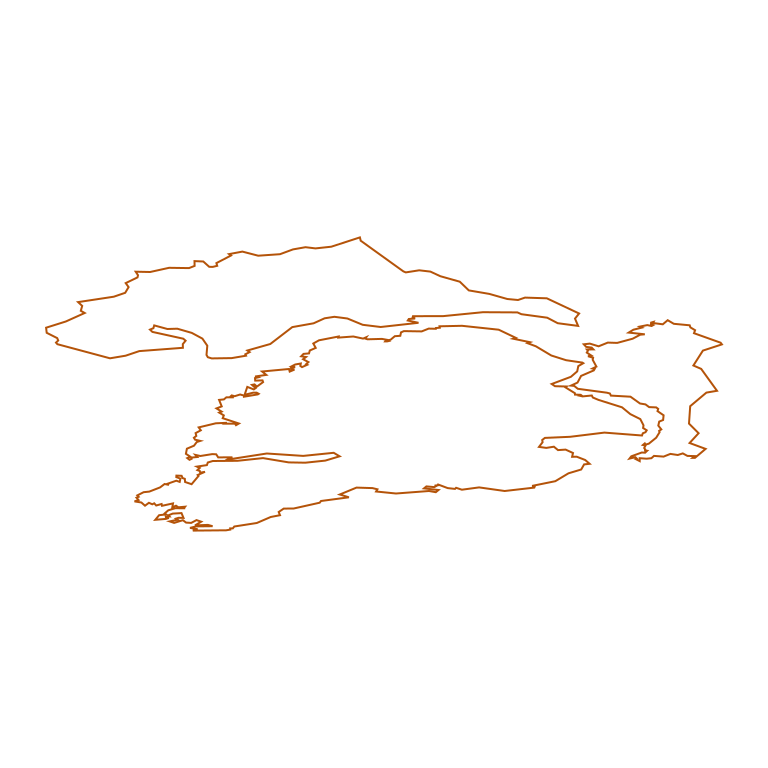 Tjeldsund nor, Nordland, Norway
{"feature_id": "86288312B94702681329617", "entity_name": "Tjeldsund nor", "entity_type": "district", "adm_level": 2, "iso_a3": "NOR", "parent_name": "Norway", "parent_adm1": "Nordland", "projection": "equal_earth", "projection_center": [16.297, 68.509], "detail": "fine", "context": "isolated", "style": "outline", "palette": "amber", "viewbox_px": 768, "rotation_deg": 0, "n_neighbors": 0, "source": "geoboundaries", "source_scale": "gbopen_adm2", "svg_char_len": 6118}
<svg xmlns="http://www.w3.org/2000/svg" viewBox="0 0 768 768"><path d="M498.7,329.7L462.0,325.8L439.5,326.3L439.8,327.7L435.1,328.1L436.7,328.8L428.7,328.6L421.7,331.4L403.9,331.1L401.0,332.4L400.3,335.8L394.8,336.2L390.5,339.8L386.7,340.3L388.4,341.1L387.1,341.4L385.2,341.4L386.4,339.7L381.9,338.9L367.5,339.3L365.3,338.6L366.3,337.2L363.1,338.6L353.3,336.5L338.3,337.6L338.6,336.5L319.0,340.3L313.3,343.5L315.7,347.9L309.8,350.5L309.0,353.4L303.5,353.9L301.2,356.3L306.0,357.0L303.1,359.2L308.4,362.1L306.1,364.2L307.2,364.8L302.0,367.1L300.3,365.9L300.8,363.5L295.2,364.5L291.5,366.4L295.1,367.1L291.0,368.1L291.3,369.7L294.5,369.6L289.7,371.6L289.0,369.0L262.1,371.5L266.3,374.9L255.1,376.5L257.9,377.4L255.0,378.1L255.2,380.6L262.5,380.4L263.1,382.1L256.9,386.6L254.5,384.4L252.0,384.9L255.6,388.1L253.8,389.4L247.3,386.9L244.6,394.8L253.1,392.7L256.7,392.7L258.7,393.8L257.8,394.4L244.0,396.7L244.1,395.6L240.1,394.5L234.7,396.2L231.7,395.4L230.5,396.5L233.8,397.3L226.4,397.3L223.9,399.4L219.1,399.9L221.7,406.4L216.5,408.4L221.6,411.6L219.2,412.6L223.8,415.4L222.7,418.2L238.9,423.5L236.0,425.2L235.0,423.7L225.3,423.7L226.9,422.8L215.8,423.3L198.7,427.4L200.8,430.3L195.6,433.1L196.3,435.9L193.9,437.8L195.1,439.7L200.3,440.9L196.8,442.0L194.0,445.7L186.9,448.7L185.9,453.8L190.3,456.7L187.3,458.1L189.5,459.8L191.6,458.8L191.2,457.6L197.3,457.0L195.4,454.9L200.3,456.0L212.3,454.1L216.2,454.3L218.2,457.4L232.4,457.3L228.2,459.1L229.4,459.3L266.8,453.5L303.2,455.9L333.7,452.8L339.6,456.3L325.3,460.6L305.3,462.7L288.8,462.4L263.0,458.1L237.4,460.8L212.8,461.0L207.8,462.5L206.9,465.1L196.9,466.6L199.7,468.0L197.4,470.1L199.8,471.0L200.2,472.7L205.0,471.8L197.7,475.0L198.5,476.0L191.6,484.2L185.1,482.0L184.8,478.8L182.6,478.1L181.6,475.8L176.4,475.6L176.3,477.1L180.4,478.6L179.7,481.9L176.3,480.7L167.4,483.8L168.9,484.9L164.6,484.0L160.1,487.4L149.3,491.6L143.6,492.2L137.3,495.4L138.6,496.8L136.5,497.7L138.5,500.0L134.5,501.4L141.4,502.5L145.0,505.7L148.9,502.8L152.3,504.3L154.2,503.3L156.2,505.5L161.6,504.0L162.0,505.8L173.0,503.4L172.3,507.3L176.0,505.7L178.4,507.3L185.1,506.7L184.0,508.1L185.2,508.3L175.4,508.2L168.3,510.3L164.7,513.4L166.1,514.4L159.1,515.2L155.3,519.8L166.0,518.9L168.9,517.9L166.1,518.3L165.8,516.6L169.5,516.5L168.4,515.3L172.7,513.6L181.5,513.1L183.5,517.9L178.6,517.8L176.0,518.6L177.6,519.7L169.7,521.4L174.1,522.9L182.9,520.2L186.1,522.6L191.2,522.9L196.5,520.1L201.2,521.7L195.0,525.4L207.9,524.9L212.6,526.2L196.0,526.4L190.0,527.9L197.6,529.2L192.8,530.6L226.1,530.3L230.3,529.6L230.2,528.4L232.8,528.4L234.3,526.5L256.8,523.0L270.7,517.0L280.0,515.2L278.7,512.0L283.7,508.6L293.7,508.5L319.7,502.7L321.0,501.0L348.9,497.3L339.8,494.5L356.5,487.6L372.5,488.1L377.4,489.3L376.1,491.5L396.0,493.5L429.0,491.0L435.8,492.2L438.5,490.0L424.0,488.4L426.4,486.4L434.3,487.1L436.1,486.1L434.6,485.6L438.3,485.2L437.3,484.2L447.7,488.1L455.0,488.9L456.1,487.8L461.9,489.7L479.1,487.4L504.7,491.0L534.3,487.6L534.8,486.3L532.1,485.9L555.3,481.2L568.5,473.3L581.2,469.5L584.1,464.4L589.6,463.8L585.2,460.0L576.7,456.7L572.1,456.8L573.0,453.0L565.6,449.6L558.0,450.1L553.9,446.7L546.3,447.9L539.0,446.9L542.6,442.2L542.2,440.0L544.9,437.9L570.1,436.8L604.4,432.6L642.0,435.5L642.8,433.3L645.5,432.2L646.7,430.3L643.1,428.0L643.5,425.3L640.3,419.1L630.3,414.1L622.0,407.3L598.5,399.9L592.8,397.5L591.8,395.5L582.6,396.4L580.4,395.9L581.6,395.5L580.7,394.8L575.0,394.6L574.9,393.2L565.5,387.4L566.5,386.5L555.0,386.2L551.7,384.0L570.9,376.8L577.2,371.4L578.3,366.1L583.3,363.2L582.4,362.6L566.1,360.2L551.3,355.5L535.9,346.3L527.6,343.2L530.0,342.2L513.1,338.7L515.7,337.8L498.7,329.7ZM578.1,325.9L575.0,318.6L579.1,313.5L546.8,298.3L525.0,297.6L518.0,300.0L507.3,299.0L489.3,293.9L468.8,290.4L459.8,281.7L440.3,276.2L430.4,271.6L419.2,270.3L405.8,272.4L403.4,271.4L360.7,240.7L359.9,237.4L331.3,246.7L315.5,248.4L305.5,247.2L293.0,249.4L280.0,254.2L258.2,255.7L242.4,251.6L229.1,254.1L231.0,255.5L216.4,263.1L217.2,265.8L212.7,266.9L209.2,266.8L203.3,261.5L194.5,261.1L194.6,265.9L189.0,268.1L169.1,267.8L150.1,272.0L135.7,271.7L138.0,275.2L137.5,277.4L125.7,283.1L128.6,287.1L125.2,292.8L113.8,296.7L78.1,302.1L82.2,305.9L80.8,310.8L84.7,313.0L65.8,321.5L46.1,327.7L46.7,332.8L57.2,338.1L58.2,340.5L56.0,342.6L57.4,344.2L110.0,358.3L125.6,355.7L139.3,351.1L182.9,347.8L182.8,344.1L185.6,340.7L183.3,338.7L152.4,331.9L150.0,329.6L153.4,328.2L154.2,325.4L167.4,329.0L177.3,328.7L191.8,332.9L202.4,338.6L207.3,345.7L206.5,354.9L207.8,357.2L211.7,358.4L231.7,358.1L246.0,355.7L245.3,354.3L249.6,352.1L247.4,350.5L270.3,344.0L292.3,327.1L313.6,323.3L324.6,318.3L334.4,316.8L347.4,318.5L362.7,324.8L380.7,327.0L418.5,322.8L407.8,320.5L408.8,319.0L415.1,318.5L412.6,317.5L413.0,316.2L443.4,316.1L482.9,312.2L517.4,312.4L521.4,314.2L547.2,317.7L557.7,323.2L578.1,325.9ZM721.9,344.4L720.6,342.7L694.0,333.2L695.1,330.2L690.4,327.4L689.7,325.3L673.8,323.8L667.7,320.2L662.8,324.3L652.9,323.0L653.5,321.9L651.1,322.6L651.0,324.2L653.2,325.1L651.6,326.0L647.3,325.1L639.8,326.6L641.9,327.6L633.4,329.7L628.7,332.6L644.8,334.3L640.2,334.7L632.7,338.7L617.2,342.9L607.8,342.6L598.6,346.3L589.8,343.6L583.8,344.3L586.2,346.9L591.7,347.6L593.4,349.4L586.9,349.5L587.9,350.7L586.8,352.6L591.4,355.6L588.0,356.2L593.1,357.8L592.7,359.8L596.4,366.6L592.6,368.5L594.7,368.9L593.8,370.4L581.1,375.9L577.5,382.6L571.0,385.6L574.2,385.9L577.8,388.8L606.9,392.7L609.9,393.5L610.9,395.6L630.5,396.7L640.0,403.5L645.5,404.4L649.1,407.1L656.2,407.4L658.2,408.9L657.5,411.1L663.6,415.3L663.1,420.0L659.2,421.6L658.3,425.6L661.3,429.4L659.1,430.9L659.6,432.2L656.2,437.7L648.8,443.7L645.5,444.6L644.8,443.4L642.9,445.0L645.5,445.6L644.2,448.0L645.6,450.0L644.3,450.5L647.1,450.8L645.1,452.7L641.8,452.5L631.3,456.3L629.5,458.6L635.4,457.2L636.8,458.6L635.8,459.1L639.7,461.1L639.7,458.2L646.6,458.7L651.4,458.2L654.0,455.9L663.6,456.6L670.4,453.9L677.8,455.0L682.8,453.4L687.4,455.9L694.6,456.1L692.5,457.9L694.9,457.9L705.6,448.9L689.6,443.0L698.6,433.2L689.0,423.6L690.2,406.2L706.4,392.6L717.0,390.8L701.2,368.9L693.4,365.5L702.9,350.6L721.9,344.4Z" fill="none" stroke="#b45309" stroke-width="2"/></svg>